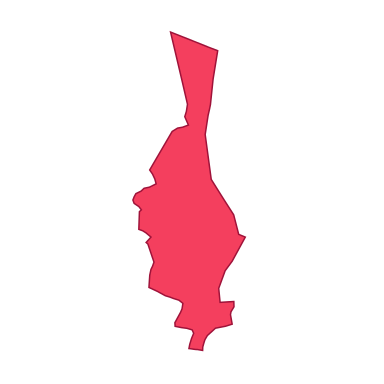 Monguno, Borno, Nigeria, rotated 304°
{"feature_id": "59680162B31936578466171", "entity_name": "Monguno", "entity_type": "district", "adm_level": 2, "iso_a3": "NGA", "parent_name": "Nigeria", "parent_adm1": "Borno", "projection": "albers", "projection_center": [13.558, 12.578], "detail": "fine", "context": "isolated", "style": "filled", "palette": "rose", "viewbox_px": 384, "rotation_deg": 304, "n_neighbors": 0, "source": "geoboundaries", "source_scale": "gbopen_adm2", "svg_char_len": 1195}
<svg xmlns="http://www.w3.org/2000/svg" viewBox="0 0 384 384"><g transform="rotate(304 192 192)"><path d="M124.6,287.9L116.2,277.0L127.1,268.0L145.3,263.5L157.1,264.0L184.4,261.4L183.0,254.4L196.4,239.3L203.2,223.5L208.4,211.7L213.2,200.9L247.0,170.8L264.3,162.6L270.7,160.1L274.8,158.4L297.5,146.3L323.5,134.3L321.2,124.4L317.7,108.1L312.6,84.8L286.0,113.6L277.5,122.8L262.2,139.2L255.6,142.3L250.4,143.9L245.5,151.6L240.5,148.0L236.9,144.3L231.1,141.7L186.6,144.6L184.8,149.2L182.0,153.9L178.7,157.7L172.2,154.0L168.3,150.2L164.3,149.3L159.3,146.4L155.8,146.7L152.3,147.5L150.2,150.4L150.2,156.1L148.9,160.0L146.3,159.4L131.3,168.8L132.3,172.9L132.4,176.7L131.7,183.2L124.5,182.2L124.2,184.5L112.6,199.7L108.3,200.8L104.8,201.3L99.4,203.5L92.7,207.4L88.8,209.7L90.2,218.5L91.1,227.9L92.5,232.4L93.4,236.3L95.0,241.6L94.6,246.7L89.5,249.1L85.8,249.8L74.1,250.9L71.2,253.1L73.6,258.9L76.1,263.9L77.8,269.2L75.8,272.4L70.4,273.5L64.5,275.3L60.5,277.0L61.7,279.4L62.5,281.1L63.5,283.1L64.4,284.5L66.6,289.4L69.5,287.6L73.7,286.2L76.8,285.3L81.6,285.0L92.2,287.6L99.5,294.9L104.9,299.2L111.8,292.5L114.5,291.3L120.3,291.0L124.6,287.9Z" fill="#f43f5e" stroke="#9f1239" stroke-width="1.5"/></g></svg>